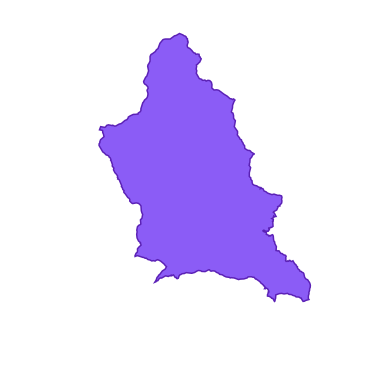 the district of Nistoresti, Vrancea, Romania, rotated 63°
{"feature_id": "2599482B47206527593965", "entity_name": "Nistoresti", "entity_type": "district", "adm_level": 2, "iso_a3": "ROU", "parent_name": "Romania", "parent_adm1": "Vrancea", "projection": "orthographic", "projection_center": [26.576, 45.784], "detail": "fine", "context": "isolated", "style": "filled", "palette": "violet", "viewbox_px": 384, "rotation_deg": 63, "n_neighbors": 0, "source": "geoboundaries", "source_scale": "gbopen_adm2", "svg_char_len": 6062}
<svg xmlns="http://www.w3.org/2000/svg" viewBox="0 0 384 384"><g transform="rotate(63 192 192)"><path d="M255.5,266.1L255.6,264.8L255.2,264.5L255.5,262.7L254.2,260.3L254.4,258.8L254.9,258.1L254.7,253.6L256.5,251.5L256.4,250.4L256.9,249.5L256.6,248.8L256.7,248.1L257.5,248.0L257.3,247.5L257.5,246.1L260.4,245.8L261.0,244.8L262.0,245.0L262.5,244.5L262.6,243.4L260.8,241.5L260.3,240.4L260.5,239.5L260.3,238.4L260.6,237.0L261.1,236.1L261.2,233.8L264.3,229.1L264.9,226.2L264.7,223.6L264.8,222.0L266.1,220.0L267.2,219.4L268.9,216.4L268.9,212.2L269.3,211.7L270.6,211.5L271.2,210.9L271.8,209.0L272.9,207.5L274.7,206.7L276.5,205.1L277.9,204.8L279.5,202.6L281.5,201.5L283.2,200.1L285.0,197.5L285.9,197.0L286.1,196.0L287.7,193.5L291.2,190.2L291.5,188.6L293.0,185.2L293.6,181.8L293.1,180.5L294.5,177.5L295.3,176.8L296.2,175.4L298.4,174.9L298.5,174.4L302.7,172.2L304.2,172.0L307.0,170.7L308.0,170.8L308.7,170.2L310.0,170.1L311.0,171.2L311.1,170.8L311.4,170.7L310.9,169.8L312.6,168.6L314.6,168.5L315.8,168.8L316.1,169.1L315.7,169.4L317.2,170.6L317.8,171.4L319.0,172.0L320.0,170.6L321.9,169.4L322.8,169.3L323.6,168.3L326.9,168.2L326.7,167.4L326.0,167.2L324.7,165.8L321.7,164.0L322.2,160.3L323.0,158.2L324.6,156.3L325.7,152.9L327.3,152.0L328.5,150.0L330.0,149.0L331.3,147.5L332.7,146.9L334.1,144.5L335.9,143.4L336.3,142.8L337.1,143.0L339.9,142.7L340.3,141.6L340.3,139.7L340.9,136.6L339.7,136.7L337.4,135.5L335.7,133.9L334.9,133.7L332.9,131.8L331.5,131.0L330.8,130.1L329.1,129.0L327.8,128.6L326.2,128.4L322.7,128.8L321.4,129.9L319.3,130.4L315.3,129.4L314.4,129.6L313.3,130.5L312.6,130.6L311.4,131.8L310.4,131.6L308.8,132.4L306.8,132.4L306.5,132.0L305.2,132.5L303.9,132.4L302.5,133.1L299.1,133.3L299.2,134.5L299.0,135.0L298.1,135.5L298.0,135.8L297.3,135.9L297.1,136.6L297.5,137.4L297.3,138.1L296.7,138.3L296.6,139.6L295.6,139.8L294.6,138.9L292.9,138.2L292.0,137.3L290.9,137.4L289.5,138.9L287.7,139.7L287.0,140.8L283.9,141.2L283.1,142.9L282.2,143.2L282.1,143.6L279.0,141.6L275.3,141.6L274.1,141.0L273.3,141.3L271.6,141.0L268.2,139.6L267.0,139.5L266.5,139.8L266.5,141.1L266.8,141.8L266.2,142.2L266.1,142.7L266.3,143.0L266.1,143.5L265.3,143.4L263.5,145.0L262.5,144.3L261.5,144.2L261.2,144.9L259.4,146.4L258.6,146.2L258.6,145.3L260.5,144.1L261.0,142.8L261.5,142.3L261.5,141.7L260.9,141.2L260.8,140.3L260.1,140.2L260.0,139.8L259.3,140.2L258.9,140.0L259.3,138.8L259.3,137.7L259.7,137.2L259.4,135.4L255.3,133.6L255.2,133.3L254.7,133.5L254.3,132.6L253.4,132.0L251.9,132.9L252.0,131.6L250.6,130.2L251.6,130.0L251.7,129.3L251.5,129.0L251.9,128.2L248.2,128.2L246.9,128.7L246.6,127.8L246.5,124.7L244.4,122.1L244.0,122.2L243.9,121.3L244.4,120.1L243.7,119.8L242.5,117.1L240.7,115.9L239.3,115.6L237.5,114.2L236.1,114.0L234.6,115.5L233.9,117.1L231.1,119.9L230.6,122.0L227.2,125.2L225.3,126.0L223.9,127.3L221.2,127.3L220.3,128.7L220.0,128.6L220.2,128.3L219.7,128.4L220.0,129.7L218.9,129.2L217.8,130.5L215.9,131.5L214.2,133.5L212.6,134.4L210.8,134.1L209.3,133.4L207.3,133.9L206.2,133.2L204.2,133.9L200.9,132.2L196.9,128.7L194.0,129.0L193.6,128.3L192.9,128.1L192.0,127.1L188.8,125.2L188.2,123.3L186.4,120.8L186.6,119.7L186.2,119.3L183.4,121.1L182.0,121.3L181.1,121.9L180.2,123.4L177.2,125.2L174.5,124.1L172.9,124.6L171.5,124.3L169.3,124.6L168.0,124.3L166.5,125.2L165.2,125.1L162.1,125.7L161.6,125.7L160.5,124.8L158.6,123.9L153.1,124.7L148.2,121.0L145.3,121.5L142.6,120.2L140.3,119.7L139.1,120.6L138.4,120.5L135.5,117.8L133.1,116.4L130.5,113.5L129.6,112.0L128.6,112.6L128.0,112.6L127.9,113.0L128.0,113.9L127.0,114.5L126.0,115.8L122.6,117.1L119.4,119.1L113.5,122.0L112.2,123.5L111.1,126.1L108.2,127.1L105.5,125.5L103.0,124.9L100.8,125.6L99.7,127.1L99.6,129.0L98.1,129.7L97.7,131.1L97.2,132.1L96.0,132.2L94.3,134.0L88.2,134.3L86.2,132.7L84.4,132.5L82.1,130.8L80.8,130.4L80.6,128.7L80.1,127.7L79.8,126.2L77.7,123.5L77.3,123.3L76.5,123.6L75.1,123.5L74.5,123.9L72.5,123.2L71.5,124.6L71.1,126.0L69.6,126.2L69.1,127.0L67.0,127.8L66.1,127.8L62.9,128.9L61.7,130.0L61.0,130.2L59.2,129.8L56.6,127.3L55.7,127.5L54.9,126.9L54.1,127.0L53.3,126.5L52.3,127.0L51.1,126.8L50.1,127.2L49.0,128.3L47.9,128.8L45.1,131.2L45.3,135.0L44.9,136.8L45.8,142.0L43.7,146.1L43.2,147.6L43.1,148.8L44.9,153.0L48.8,157.2L49.1,159.1L50.2,160.9L50.8,164.5L50.8,165.6L51.1,166.5L52.3,167.9L56.3,169.9L58.1,172.2L58.5,173.2L59.8,174.4L64.4,175.7L68.2,179.6L68.7,181.2L71.5,184.9L72.8,185.3L74.4,185.1L75.4,184.4L78.2,183.6L79.8,184.1L80.5,185.4L81.2,186.0L83.9,186.4L85.1,187.0L86.9,188.4L87.5,189.2L88.0,190.2L88.5,192.5L89.8,194.4L90.1,195.3L94.7,199.8L96.2,200.5L96.6,201.1L97.0,201.9L97.2,204.0L98.1,204.9L97.6,205.6L97.4,206.5L96.2,209.1L96.1,212.7L96.3,214.7L97.2,215.5L98.0,217.1L97.8,219.2L98.9,223.9L98.4,226.2L98.6,229.9L98.1,231.1L96.5,232.3L96.6,232.9L94.2,236.0L93.9,237.8L94.7,239.3L94.8,240.4L92.3,243.7L94.6,246.2L96.3,244.0L96.8,243.8L98.6,244.6L100.0,244.6L102.8,245.3L103.9,249.7L105.4,251.3L106.2,251.7L106.9,252.9L108.4,253.7L115.8,253.3L117.5,252.4L119.9,251.7L121.3,250.3L122.3,249.8L123.2,250.0L124.2,249.4L126.2,249.5L126.8,250.1L127.5,249.9L131.6,250.5L132.6,251.3L135.2,250.8L136.6,251.9L139.9,251.9L141.4,251.4L143.9,251.0L145.2,251.9L146.0,251.6L146.7,252.3L147.6,251.5L148.3,251.3L154.4,251.8L155.2,252.5L156.3,252.1L158.4,252.5L159.9,251.9L161.0,252.8L161.8,252.8L163.3,252.3L167.7,251.7L169.4,250.8L170.6,250.9L171.8,251.6L174.4,250.8L175.4,250.1L176.4,246.6L177.8,244.9L179.4,244.1L181.3,243.8L185.7,245.7L187.9,246.1L189.5,246.1L192.5,248.4L193.0,249.2L193.0,249.7L193.4,250.6L197.3,252.1L197.6,253.3L197.5,254.6L198.2,256.4L200.9,258.5L202.6,259.0L204.6,260.5L208.0,261.8L211.4,261.9L213.6,260.9L213.9,261.4L214.8,261.2L216.2,261.5L217.1,264.8L218.0,266.5L219.5,267.1L220.8,268.1L221.2,269.7L223.0,271.8L223.6,272.0L223.8,269.9L224.4,269.0L227.9,265.5L228.4,264.7L229.8,263.8L230.2,262.8L232.2,261.9L233.4,260.4L235.2,259.1L235.6,257.6L236.8,256.2L236.5,254.7L236.8,254.0L236.6,253.6L236.9,253.1L239.3,251.3L243.7,249.5L245.5,249.2L246.9,248.6L248.5,250.8L248.9,254.3L250.8,258.2L251.0,259.6L251.8,260.5L252.2,261.9L254.3,264.1L255.5,266.1Z" fill="#8b5cf6" stroke="#5b21b6" stroke-width="1.5"/></g></svg>